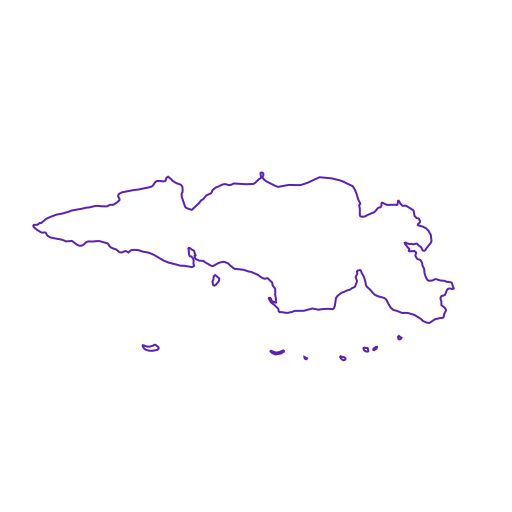 Guanaja, Islas de la Bahía, Honduras (Albers equal-area conic projection), rotated 49°
{"feature_id": "27666195B63359869130293", "entity_name": "Guanaja", "entity_type": "district", "adm_level": 2, "iso_a3": "HND", "parent_name": "Honduras", "parent_adm1": "Islas de la Bahía", "projection": "albers", "projection_center": [-85.876, 16.459], "detail": "fine", "context": "isolated", "style": "outline", "palette": "violet", "viewbox_px": 512, "rotation_deg": 49, "n_neighbors": 0, "source": "geoboundaries", "source_scale": "gbopen_adm2", "svg_char_len": 6157}
<svg xmlns="http://www.w3.org/2000/svg" viewBox="0 0 512 512"><g transform="rotate(49 256 256)"><path d="M345.7,133.7L347.9,132.1L348.9,130.6L350.3,129.8L351.8,126.9L352.4,126.4L355.0,126.3L357.8,125.6L361.0,126.5L362.0,126.1L362.6,125.3L362.6,124.3L362.0,122.3L360.6,114.8L359.5,113.5L354.9,110.3L350.5,109.3L346.7,109.5L343.5,110.7L339.7,113.2L338.8,113.6L338.3,113.1L338.1,110.2L337.3,109.3L334.4,108.6L332.8,109.9L329.6,110.0L325.8,107.6L324.7,107.3L316.4,109.8L314.3,112.5L311.4,112.7L307.9,112.0L307.6,112.4L307.9,113.1L310.0,115.4L309.9,116.3L308.7,117.2L303.4,123.6L298.9,125.6L298.3,126.1L298.6,126.8L300.2,128.2L300.8,129.4L300.8,130.4L300.0,131.5L299.8,132.8L300.5,136.5L300.5,138.1L298.4,144.4L297.7,147.6L297.0,148.9L295.3,150.8L294.3,151.2L293.1,150.7L288.8,146.9L285.4,144.8L285.1,144.2L285.1,143.2L284.8,142.9L280.5,141.8L275.2,139.4L270.7,137.8L266.8,137.2L256.6,141.6L254.1,143.0L247.0,148.0L238.2,156.4L234.6,168.9L232.1,175.0L230.7,177.1L223.8,184.7L218.3,194.0L216.3,195.2L206.8,199.1L204.3,199.7L202.1,199.8L200.9,199.5L199.8,197.4L198.6,196.4L197.7,196.4L196.6,197.0L196.3,197.7L196.4,198.3L199.9,200.5L200.3,201.2L200.0,203.3L200.2,208.6L199.9,210.7L195.5,216.2L186.7,225.2L186.0,227.9L185.0,229.6L183.7,230.7L182.1,231.6L181.0,232.7L179.8,235.1L179.1,238.3L177.9,241.4L177.8,245.7L178.9,247.7L179.2,248.8L177.7,253.5L178.5,258.8L178.0,260.8L178.7,264.2L179.1,274.0L177.8,275.0L174.8,276.7L173.2,277.2L172.0,277.1L162.7,273.2L160.5,271.6L159.9,270.6L159.6,269.5L157.6,267.7L155.6,266.2L154.1,265.9L152.8,266.0L148.8,268.3L145.1,269.5L144.1,269.7L142.6,269.6L138.5,270.3L138.3,271.4L138.3,272.5L139.5,274.0L139.7,275.5L139.1,276.8L135.9,279.7L134.2,282.0L134.2,283.9L135.2,287.5L135.1,288.9L134.5,290.8L128.4,301.6L126.3,304.5L119.9,315.6L119.3,318.6L119.8,320.2L120.5,320.9L123.7,321.7L124.3,322.5L124.4,326.3L123.8,329.8L123.1,330.9L121.7,332.4L121.2,333.7L121.1,335.2L120.5,336.3L117.0,340.1L114.0,342.9L112.6,344.8L110.1,349.7L108.0,352.7L106.2,356.2L100.8,365.2L99.6,368.6L96.6,374.9L93.9,379.4L91.5,385.8L90.3,390.1L90.2,396.6L89.2,397.6L89.1,400.3L86.7,403.3L87.0,404.2L87.7,404.6L89.4,404.7L93.0,404.0L97.3,402.6L98.0,402.2L99.6,399.9L100.4,399.4L103.5,400.1L106.3,399.4L108.7,397.9L115.4,392.5L118.1,390.8L120.2,389.9L122.5,387.0L123.7,385.1L129.6,383.8L132.1,382.8L133.5,381.4L134.1,379.8L134.4,378.2L134.1,375.6L134.8,373.3L135.9,371.9L137.2,370.7L141.0,365.5L142.3,364.2L149.0,359.8L150.4,359.7L152.8,360.1L154.2,359.9L156.0,359.2L159.4,357.2L163.1,356.6L164.0,356.2L165.3,355.0L166.2,352.2L166.7,351.2L167.4,350.7L169.7,349.9L169.6,347.1L170.0,345.8L171.6,343.7L174.1,341.2L178.9,338.2L182.8,335.0L186.0,333.3L188.7,332.1L198.9,328.7L203.5,326.4L210.5,321.5L213.9,319.3L216.2,316.6L222.2,311.8L222.7,310.6L222.9,309.2L220.8,308.3L218.5,306.0L216.8,305.3L214.7,305.1L213.6,305.3L212.9,306.0L212.2,306.0L209.9,304.9L207.8,303.1L206.0,302.2L205.8,301.5L206.4,300.8L209.5,300.1L211.0,299.4L211.7,299.4L213.7,300.5L215.9,301.2L216.0,301.5L215.6,302.3L216.0,302.7L217.6,303.3L218.9,303.4L222.1,302.0L225.1,299.0L227.2,298.6L234.0,296.2L235.1,295.5L235.5,294.8L236.7,288.7L238.6,284.9L239.8,283.6L243.3,281.9L246.5,281.7L251.4,280.7L258.3,274.4L262.9,271.7L264.6,270.2L271.5,266.9L275.2,266.1L277.7,265.2L279.0,264.2L279.8,262.6L280.5,261.8L286.6,261.2L289.4,262.8L293.1,262.9L296.5,265.6L297.1,266.5L301.8,269.3L303.3,270.9L304.3,271.3L304.0,271.9L300.1,273.7L298.0,272.7L296.8,272.8L296.2,273.5L296.2,273.9L296.6,274.2L300.6,275.2L305.2,274.2L310.4,273.8L312.7,275.1L313.8,275.1L314.9,273.7L318.5,270.7L320.0,268.9L322.0,265.2L322.7,262.9L328.7,255.9L332.6,247.9L337.6,244.0L339.1,241.5L341.9,237.8L344.7,234.6L346.2,233.2L346.6,232.5L346.4,231.3L345.4,229.3L340.2,223.2L339.6,220.8L339.8,215.8L340.8,213.3L341.6,210.3L343.1,206.8L343.3,204.6L344.0,202.3L344.0,201.2L341.4,196.4L340.6,195.9L337.3,194.7L335.9,191.2L333.9,189.9L333.8,188.6L334.8,186.8L335.3,186.5L336.1,186.5L337.9,187.3L342.8,188.3L347.7,190.6L350.1,192.2L351.7,192.5L357.1,191.9L361.4,192.0L363.5,191.7L366.3,190.4L371.7,186.8L373.2,186.4L375.3,186.4L377.8,187.2L383.1,188.2L386.2,187.9L387.9,187.1L389.7,185.7L394.7,183.2L398.6,178.8L403.9,175.4L405.9,174.6L411.4,172.9L414.9,172.5L418.1,171.0L420.3,169.1L421.1,162.7L423.7,157.6L425.3,155.4L425.2,154.5L423.2,151.9L421.6,148.1L420.3,147.7L418.7,147.6L414.7,148.3L411.8,145.8L409.7,145.1L408.4,143.9L407.9,142.3L408.8,140.6L409.3,138.7L406.9,134.2L406.8,132.6L407.5,131.2L409.9,129.3L410.3,128.2L409.9,127.8L408.6,127.6L405.2,126.0L404.4,125.9L403.6,126.3L401.6,127.9L400.6,129.1L398.6,129.8L395.6,132.8L391.4,135.4L390.9,136.1L390.7,137.4L390.1,139.1L388.1,141.8L386.8,142.3L384.4,142.0L380.8,140.7L379.1,139.8L376.2,137.6L372.3,136.6L370.3,135.2L367.2,134.6L366.3,134.8L365.1,135.7L363.8,136.2L360.7,135.7L360.1,135.3L359.0,133.4L358.2,132.8L355.8,133.3L355.5,134.4L354.7,135.1L353.4,136.9L352.6,137.4L352.2,137.2L351.9,136.3L351.1,135.6L349.6,135.8L344.6,135.6L343.6,135.2L343.7,134.7L344.0,134.3L345.7,133.7ZM252.3,401.1L254.0,400.8L255.8,399.9L257.4,398.7L259.7,396.3L262.2,391.9L262.1,390.7L261.7,389.8L260.9,389.5L259.8,389.6L257.3,390.1L256.5,390.6L256.1,392.5L254.6,395.9L252.4,398.0L249.9,399.3L249.1,400.0L249.6,400.7L252.3,401.1ZM249.7,307.4L251.1,306.8L251.4,305.3L250.7,300.8L250.0,299.6L249.3,298.8L248.5,298.5L243.6,299.3L243.6,301.3L245.9,303.7L246.8,305.7L249.7,307.4ZM338.2,307.7L340.1,307.4L343.1,305.8L346.1,300.9L346.2,298.7L346.5,298.0L346.1,297.2L345.6,297.1L345.1,297.4L344.1,300.8L342.2,304.2L337.3,306.9L337.4,307.6L338.2,307.7ZM397.6,236.2L399.3,236.0L400.8,235.2L401.5,234.2L401.5,233.7L400.0,232.6L398.5,232.3L397.6,233.3L396.2,234.3L396.0,234.9L396.3,235.6L397.6,236.2ZM389.2,259.1L391.3,258.8L392.0,258.4L392.7,257.2L392.5,256.1L391.8,255.6L390.3,255.8L388.6,257.2L387.1,258.0L387.2,258.4L387.7,258.9L389.2,259.1ZM412.0,202.8L412.9,202.6L413.3,202.0L413.5,200.5L413.1,199.8L412.0,200.3L410.1,200.6L410.1,201.6L410.5,202.1L412.0,202.8ZM404.1,229.1L404.5,228.8L405.0,226.1L404.3,224.6L403.9,224.3L403.3,225.2L403.0,228.0L403.4,228.8L404.1,229.1ZM365.9,286.4L367.0,285.6L366.7,284.6L363.9,285.7L364.6,286.2L365.9,286.4Z" fill="none" stroke="#5b21b6" stroke-width="2"/></g></svg>